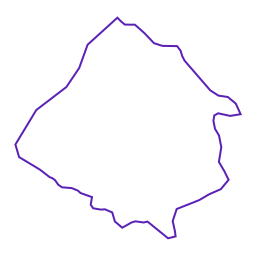 SVG path tracing the border of Kirsehir
{"feature_id": "TUR-2286", "entity_name": "Kirsehir", "entity_type": "Province", "adm_level": 1, "iso_a3": "TUR", "parent_name": "Turkey", "parent_adm1": "", "projection": "robinson", "projection_center": [34.21, 39.339], "detail": "fine", "context": "isolated", "style": "outline", "palette": "violet", "viewbox_px": 256, "rotation_deg": 0, "n_neighbors": 0, "source": "natural_earth", "source_scale": "10m", "svg_char_len": 835}
<svg xmlns="http://www.w3.org/2000/svg" viewBox="0 0 256 256"><path d="M90.7,204.7L92.0,197.1L80.5,193.0L77.9,190.6L71.8,188.1L62.0,187.3L58.2,184.7L55.2,180.3L52.6,178.3L49.6,177.1L40.0,169.7L19.1,157.1L15.4,144.5L36.3,110.0L66.4,87.0L79.2,68.0L87.6,44.7L117.4,17.7L121.0,21.4L124.9,24.6L134.9,24.7L144.5,33.2L154.0,43.2L162.5,45.9L177.1,46.1L180.6,50.8L182.2,56.0L184.6,60.7L210.3,90.4L218.4,95.6L227.8,97.0L235.8,103.6L240.6,114.2L230.1,115.9L218.1,113.3L214.3,115.5L213.4,120.7L215.0,128.8L219.0,135.5L221.3,147.2L218.9,161.9L224.3,171.1L228.6,179.8L220.8,189.2L209.3,194.2L199.2,200.1L176.7,209.0L172.7,221.1L174.9,231.1L175.6,236.4L168.1,238.3L147.5,221.6L143.5,222.5L135.4,221.3L131.5,222.5L122.2,227.7L114.9,221.5L112.2,212.4L104.9,209.3L100.9,209.6L93.2,208.3L90.7,204.7Z" fill="none" stroke="#5b21b6" stroke-width="2"/></svg>